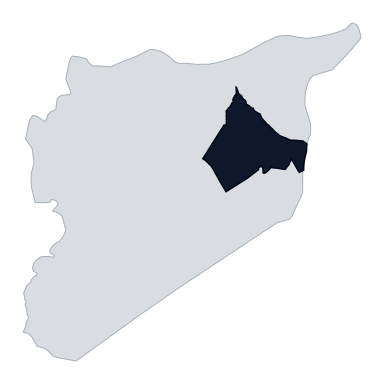 location of Deir-ez-Zor, Dayr Az Zawr, Syria
{"feature_id": "27442178B9541206135539", "entity_name": "Deir-ez-Zor", "entity_type": "district", "adm_level": 2, "iso_a3": "SYR", "parent_name": "Syria", "parent_adm1": "Dayr Az Zawr", "projection": "equal_earth", "projection_center": [40.368, 35.564], "detail": "fine", "context": "in_parent", "style": "filled", "palette": "ink", "viewbox_px": 384, "rotation_deg": 0, "n_neighbors": 0, "source": "geoboundaries", "source_scale": "gbopen_adm2", "svg_char_len": 5308}
<svg xmlns="http://www.w3.org/2000/svg" viewBox="0 0 384 384"><path d="M32.5,115.6L36.3,116.0L44.3,121.3L45.7,121.1L48.2,114.2L50.7,111.8L55.7,109.7L57.3,98.4L59.7,96.3L62.5,95.1L66.9,94.9L70.7,94.2L70.9,92.2L65.9,79.2L66.4,75.9L69.1,62.9L70.8,57.8L72.4,56.1L78.3,56.7L86.7,59.0L88.8,62.8L92.9,66.1L99.0,65.9L106.1,66.5L111.6,66.7L116.1,64.4L126.1,60.0L131.1,58.6L135.6,56.6L150.1,49.5L155.8,50.0L159.8,51.0L162.8,52.1L169.6,57.0L175.1,61.9L179.1,63.4L186.1,63.3L196.4,64.3L208.9,64.2L216.3,62.8L225.7,60.4L242.4,54.5L264.4,42.3L277.3,36.4L282.8,35.7L290.1,35.6L297.3,37.1L305.5,38.3L309.3,38.2L318.2,36.9L329.7,34.5L336.9,32.4L345.6,29.1L351.1,23.6L352.8,23.0L355.1,24.0L356.2,24.4L358.4,27.6L360.8,35.6L360.8,36.5L360.4,38.8L354.7,45.5L347.1,54.5L341.5,60.2L332.2,69.8L325.2,71.9L313.4,75.4L310.2,78.7L307.3,84.2L305.6,91.6L305.1,96.3L304.8,105.0L307.6,114.1L310.3,122.8L310.7,128.5L310.4,134.2L307.9,140.2L305.1,148.6L303.5,158.0L302.7,175.6L302.7,190.7L302.5,193.2L297.6,203.8L291.9,216.3L289.3,219.2L276.7,222.9L262.9,232.0L247.5,242.3L233.5,251.6L218.8,261.3L203.5,271.5L192.6,278.7L178.0,288.4L164.6,297.7L151.0,307.2L140.7,314.3L125.0,325.7L115.8,332.3L102.2,342.1L90.3,350.7L76.1,361.0L58.6,357.9L53.1,356.2L48.6,351.3L45.3,348.7L37.0,346.0L31.8,336.9L28.7,333.6L23.2,332.2L25.7,326.3L26.2,322.5L28.6,317.8L27.2,314.7L26.6,308.2L25.5,306.6L25.2,304.8L26.1,302.7L25.8,300.6L24.8,299.7L24.5,296.4L23.7,294.0L24.2,291.1L25.4,289.1L26.7,285.5L28.2,284.4L30.6,282.1L31.3,279.7L33.4,277.3L36.3,275.4L36.9,273.9L36.5,273.0L33.7,271.3L32.3,268.2L33.7,263.8L34.6,262.4L36.4,260.3L40.2,257.0L43.2,256.5L45.7,256.5L50.0,256.7L53.4,257.3L54.2,256.5L54.1,255.4L50.0,252.7L49.8,250.6L50.9,248.3L53.9,244.7L57.4,242.1L59.2,241.6L63.3,236.3L65.9,230.4L62.0,216.0L59.5,213.8L55.5,211.8L53.1,211.5L53.0,210.5L56.2,206.9L58.5,203.7L56.1,200.7L51.6,199.3L49.9,202.4L44.1,202.7L35.2,202.7L31.5,187.5L31.0,181.0L31.3,173.4L34.2,162.3L33.0,157.2L33.0,153.8L32.3,149.0L25.5,138.8L29.7,120.1L32.5,115.6Z" fill="#d9dde1" stroke="#a8b0b8" stroke-width="1"/><path d="M226.0,191.7L226.5,191.4L227.6,190.7L231.4,188.3L233.1,187.2L237.7,184.3L239.1,183.4L244.0,180.4L247.2,178.3L249.0,177.0L252.1,174.6L256.1,171.5L257.5,170.5L258.5,169.7L258.5,169.4L258.5,169.1L258.5,168.0L259.2,167.1L260.6,166.8L261.5,166.5L262.2,167.0L262.3,167.2L262.3,167.3L262.4,167.5L262.5,167.7L262.5,167.8L262.6,168.0L262.7,168.3L262.8,168.3L262.8,168.5L263.0,168.7L263.0,168.8L263.0,169.0L263.1,171.4L263.1,172.4L263.1,172.5L263.2,172.8L263.3,172.8L263.4,173.0L263.5,173.0L263.8,173.2L264.0,173.2L264.3,173.1L264.5,173.0L264.5,172.9L264.6,172.7L264.8,172.7L265.0,172.6L265.3,172.6L265.4,172.8L265.5,172.8L268.3,170.5L270.9,167.6L271.5,167.6L272.4,167.8L272.8,167.8L273.7,167.9L275.2,168.0L277.8,168.3L280.8,168.8L283.5,169.2L285.1,169.4L285.7,168.7L286.1,168.2L287.0,167.0L287.7,166.1L288.3,165.4L289.0,164.7L289.0,164.4L289.2,164.0L289.3,163.7L289.5,163.1L289.8,162.3L290.0,161.7L290.2,161.3L290.5,160.9L290.7,160.5L290.9,160.0L291.2,159.7L291.3,159.1L292.6,161.1L294.8,164.8L296.9,168.5L297.6,169.7L299.3,172.5L300.3,172.0L302.2,171.0L303.7,170.2L303.6,168.5L304.0,163.7L304.1,162.6L304.4,160.7L304.8,158.4L304.8,158.2L305.2,156.7L306.2,152.5L306.5,151.4L306.5,150.4L306.8,145.3L306.8,144.6L307.1,144.1L306.6,143.7L303.1,141.1L300.0,140.7L298.0,140.5L296.1,140.4L293.7,140.2L293.0,140.3L290.9,140.3L288.8,139.4L287.6,138.8L285.3,137.8L282.6,136.8L282.1,136.6L280.6,136.0L279.8,135.8L279.4,135.4L278.9,135.0L278.7,134.7L278.3,134.2L277.4,133.7L276.8,133.4L275.1,131.9L274.5,131.3L274.0,130.8L273.7,130.5L272.9,129.4L270.9,127.6L269.6,126.3L269.2,125.8L268.9,125.3L268.2,124.9L267.5,124.5L267.0,124.2L266.2,123.2L265.7,122.6L264.7,121.4L264.2,120.9L263.1,119.7L262.7,119.2L262.0,118.4L261.5,117.8L261.3,116.9L261.0,116.3L260.8,115.9L260.6,115.1L260.0,114.1L259.1,113.5L257.9,113.1L257.4,112.7L256.4,112.2L256.0,111.9L255.1,111.3L254.7,111.0L254.2,110.4L253.6,109.6L253.4,108.5L253.3,108.2L252.2,108.1L251.7,108.0L251.0,107.5L249.9,106.5L249.3,105.9L248.7,105.5L247.8,105.0L246.9,104.5L246.5,104.1L246.1,102.7L246.0,101.9L245.4,100.8L244.9,100.2L244.3,99.8L243.2,98.9L242.6,98.3L241.8,97.7L242.1,97.0L241.6,95.9L241.0,95.4L239.2,94.2L238.7,93.5L236.4,87.4L236.1,87.2L236.2,89.3L236.4,91.8L236.2,93.1L236.1,93.5L236.1,93.8L235.9,94.1L235.9,94.5L235.6,94.8L235.4,95.5L235.1,95.6L234.8,95.6L234.6,95.9L234.1,97.3L233.5,97.9L233.5,98.3L233.1,99.0L233.1,99.3L232.8,99.8L232.9,100.1L233.1,100.1L233.2,100.6L233.4,100.8L233.5,101.1L233.3,101.4L233.2,101.9L232.7,102.5L232.2,102.6L231.8,103.4L231.3,104.2L231.3,104.4L231.2,104.8L231.0,105.2L230.5,105.7L230.3,106.6L230.1,106.6L230.0,106.9L229.7,107.1L229.5,107.3L229.5,107.5L229.3,107.7L228.9,107.7L228.6,107.8L228.4,108.2L228.3,108.6L228.4,108.9L228.0,109.2L227.6,109.3L227.4,109.8L227.1,110.0L226.9,110.3L226.4,110.7L226.1,112.0L226.6,113.0L226.3,114.7L226.4,121.7L226.0,125.0L226.2,125.4L225.9,125.5L225.4,125.0L224.0,125.1L223.7,125.4L223.3,126.0L223.1,126.6L222.9,127.0L222.2,128.1L221.8,128.7L221.0,129.9L220.1,131.2L215.2,139.1L214.5,140.1L204.0,156.8L202.8,158.7L205.5,160.5L206.0,161.0L208.5,163.4L209.2,164.1L210.1,165.0L210.5,165.4L211.6,166.5L214.2,171.1L216.6,175.5L217.6,177.2L218.1,178.1L219.0,179.7L219.6,180.9L220.9,183.1L226.0,191.7Z" fill="#0f172a" stroke="#020617" stroke-width="1.5"/></svg>